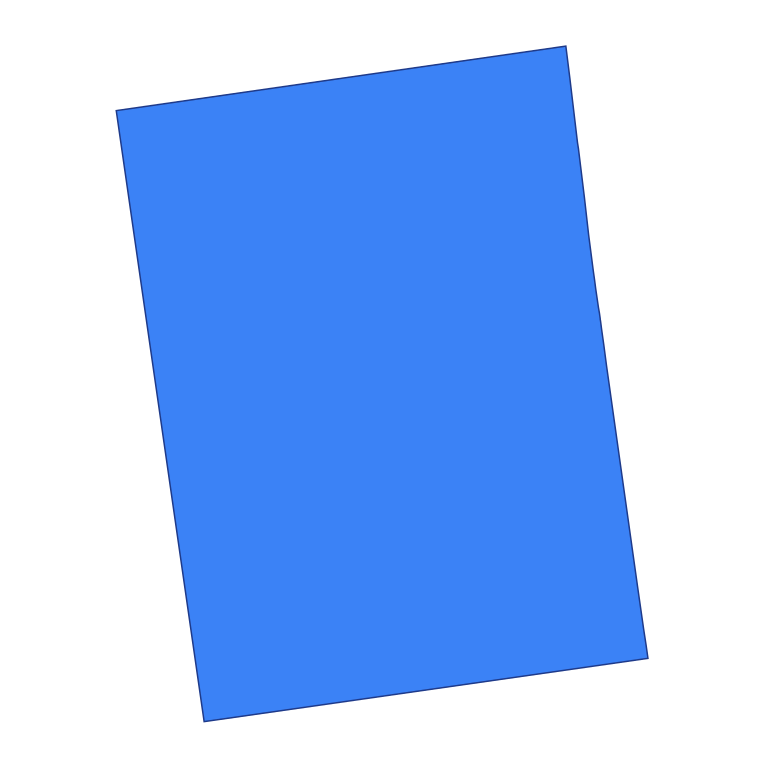 Bailey, Texas, United States of America, rotated 172°
{"feature_id": "52423323B27652723515833", "entity_name": "Bailey", "entity_type": "district", "adm_level": 2, "iso_a3": "USA", "parent_name": "United States of America", "parent_adm1": "Texas", "projection": "albers", "projection_center": [-102.997, 34.069], "detail": "fine", "context": "isolated", "style": "filled", "palette": "blue", "viewbox_px": 768, "rotation_deg": 172, "n_neighbors": 0, "source": "geoboundaries", "source_scale": "gbopen_adm2", "svg_char_len": 480}
<svg xmlns="http://www.w3.org/2000/svg" viewBox="0 0 768 768"><g transform="rotate(172 384 384)"><path d="M611.1,692.0L609.1,74.7L160.8,75.6L160.8,88.4L161.0,105.1L161.1,146.3L161.1,328.6L161.1,360.1L161.1,371.0L160.9,391.6L160.9,408.2L160.8,416.3L160.9,417.9L160.8,418.9L160.8,424.2L161.0,430.0L161.1,448.6L161.0,457.3L161.0,466.8L160.6,503.5L159.6,540.3L158.7,590.0L158.8,596.0L157.4,660.9L156.9,693.3L611.1,692.0Z" fill="#3b82f6" stroke="#1e3a8a" stroke-width="1.5"/></g></svg>